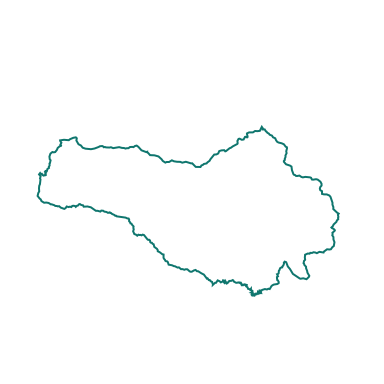 outline of Bo Kluea, Nan, Thailand, rotated 287°
{"feature_id": "78962969B52276482887751", "entity_name": "Bo Kluea", "entity_type": "district", "adm_level": 2, "iso_a3": "THA", "parent_name": "Thailand", "parent_adm1": "Nan", "projection": "robinson", "projection_center": [101.149, 19.126], "detail": "fine", "context": "isolated", "style": "outline", "palette": "teal", "viewbox_px": 384, "rotation_deg": 287, "n_neighbors": 0, "source": "geoboundaries", "source_scale": "gbopen_adm2", "svg_char_len": 6063}
<svg xmlns="http://www.w3.org/2000/svg" viewBox="0 0 384 384"><g transform="rotate(287 192 192)"><path d="M189.4,46.8L187.3,45.4L184.2,45.3L181.7,46.4L181.0,47.5L178.0,47.7L177.6,47.4L175.7,48.1L174.1,47.7L173.2,48.2L171.7,47.0L169.7,47.1L169.3,45.8L168.3,45.5L167.7,46.7L167.1,46.3L166.4,46.4L166.1,47.0L165.4,47.2L165.0,46.6L165.1,46.2L164.3,45.4L164.5,44.3L165.0,43.9L164.9,43.4L165.5,43.0L165.1,41.9L165.7,41.2L164.1,40.6L162.8,42.6L160.5,42.7L159.8,43.4L155.0,44.3L153.3,44.1L150.8,44.6L147.9,45.7L146.1,45.3L143.1,45.5L141.2,48.2L140.7,49.5L139.3,50.7L138.5,53.7L139.3,55.7L139.6,58.1L138.9,60.6L139.2,61.3L139.1,64.2L138.7,65.3L139.1,67.0L139.0,67.9L139.6,69.1L138.7,71.0L138.5,74.8L139.6,75.8L141.5,76.4L141.5,78.4L142.3,79.6L142.3,81.0L143.7,81.6L144.2,82.7L144.4,84.3L143.8,85.2L145.1,85.9L145.6,86.8L147.3,87.6L147.7,88.3L147.2,89.9L147.4,91.7L146.3,92.7L147.6,96.3L147.8,99.8L145.9,105.6L146.4,107.2L146.5,110.1L147.7,110.7L148.1,112.5L147.6,113.9L147.9,116.0L147.5,117.8L148.5,119.3L148.0,120.0L148.2,120.9L147.7,121.7L147.3,124.7L146.8,125.5L147.1,126.5L146.7,127.1L148.1,136.0L147.8,137.9L148.1,139.1L147.4,139.9L145.7,140.4L144.9,141.7L144.0,142.3L144.0,143.4L143.1,144.3L142.0,146.2L140.5,146.4L139.3,147.2L137.2,147.2L134.9,149.2L134.9,150.7L134.2,152.4L135.5,153.2L135.5,154.3L135.9,155.3L135.8,156.4L136.8,157.3L136.8,158.7L133.7,163.2L133.4,164.1L133.8,164.8L133.4,166.0L131.8,166.8L131.5,167.6L131.7,168.5L130.9,169.5L130.8,170.6L128.5,172.0L127.4,175.1L126.4,176.2L125.3,176.6L125.0,178.7L123.8,181.8L123.9,183.1L120.8,184.0L120.0,184.7L119.2,186.0L118.5,186.5L118.2,187.3L118.4,188.5L118.0,189.3L115.7,190.9L116.1,194.4L115.8,196.3L116.0,197.4L115.5,200.3L116.1,201.5L115.0,204.1L115.5,205.6L115.4,207.4L116.3,208.6L116.7,210.2L115.4,213.0L115.4,214.3L115.8,215.2L117.6,216.8L118.5,218.2L117.7,219.9L118.0,221.2L117.0,224.7L116.5,227.5L113.5,231.6L114.0,232.1L112.7,233.8L113.0,234.6L112.7,235.4L112.1,235.8L111.9,237.5L110.5,238.4L110.3,238.9L109.3,239.1L111.9,240.6L112.2,241.5L115.0,242.4L114.7,244.6L114.0,246.0L115.5,247.6L116.6,247.5L116.7,248.2L116.2,248.8L115.1,248.7L114.6,249.5L116.7,249.8L115.6,251.0L115.0,250.8L114.5,251.8L115.4,252.7L116.1,252.7L116.7,253.3L117.8,253.6L118.5,255.5L119.7,256.7L119.5,257.4L118.6,258.2L118.1,260.5L118.3,261.5L119.1,262.7L119.0,263.5L119.3,263.8L119.0,264.4L119.6,265.1L119.4,265.4L118.9,265.3L118.4,266.6L117.8,266.4L117.5,266.8L118.0,267.2L117.7,268.0L118.7,268.7L118.6,269.4L119.0,269.6L118.4,270.4L119.1,270.9L119.1,271.6L117.5,271.7L117.1,273.0L115.8,273.9L115.9,275.6L115.5,276.1L116.7,276.6L115.3,277.0L115.5,277.6L114.9,278.1L115.0,278.7L114.0,279.0L113.3,278.3L113.4,279.2L111.5,278.9L111.0,279.2L110.6,279.9L111.0,280.4L112.1,280.4L111.0,281.2L111.1,281.9L111.7,281.8L112.1,282.4L112.9,282.2L113.0,283.4L113.7,283.3L113.6,284.2L114.7,285.0L114.9,284.6L116.1,284.2L116.1,284.8L114.6,285.8L115.2,286.2L115.3,286.8L116.1,286.4L116.0,287.4L116.9,286.8L117.0,285.5L117.6,285.4L118.0,287.3L118.8,287.6L120.5,290.1L120.7,292.2L121.8,293.3L121.9,294.7L125.2,295.5L126.2,296.1L127.4,297.3L128.9,300.4L130.1,301.5L131.2,301.3L132.6,300.0L132.7,299.3L134.1,298.6L135.5,298.1L136.5,298.9L138.2,297.4L138.7,298.2L139.5,298.6L142.2,298.1L143.0,298.5L144.8,298.5L145.6,299.1L146.3,300.3L147.0,300.1L148.4,300.8L150.5,300.9L151.3,300.5L152.5,301.0L152.4,302.6L148.8,305.4L147.0,308.2L143.2,312.4L140.8,320.3L140.8,321.2L142.0,323.6L142.1,327.0L145.0,328.6L146.1,328.7L148.6,326.0L150.3,325.1L152.4,323.4L153.9,322.9L155.1,320.8L156.1,320.2L156.5,319.5L158.9,319.3L160.3,320.0L162.2,319.1L165.1,318.5L167.0,320.7L167.4,322.5L168.4,322.9L168.8,324.6L169.9,325.8L170.2,327.6L170.0,329.3L172.0,331.3L172.6,335.5L173.6,335.6L176.7,337.9L177.2,340.3L177.9,341.6L180.2,342.3L181.8,343.4L185.7,342.9L187.9,341.2L190.3,340.4L191.6,338.8L192.9,338.8L194.1,338.2L196.4,339.7L197.2,339.8L198.2,338.1L198.4,336.4L198.8,335.7L200.6,336.7L202.3,336.9L205.6,338.8L207.2,338.9L208.7,339.8L210.0,339.2L210.9,339.3L212.9,338.2L214.2,338.6L214.6,337.0L217.0,332.1L218.9,331.6L221.0,330.0L222.8,329.5L227.8,325.9L228.8,324.4L229.1,321.6L228.3,318.8L228.2,316.9L230.8,316.1L231.2,314.2L232.5,313.3L234.2,313.2L236.0,314.0L237.7,313.5L239.4,311.8L240.6,308.6L240.5,306.9L239.2,304.2L239.0,303.0L240.4,301.7L240.5,300.6L239.6,296.0L238.4,293.7L238.4,292.2L239.1,289.9L238.0,287.8L237.8,286.6L238.3,285.8L238.3,284.5L238.7,283.8L242.1,281.2L245.4,279.7L245.9,278.0L246.0,273.8L247.8,271.0L248.5,270.8L249.9,271.4L250.7,271.0L252.9,271.2L254.2,270.7L256.8,271.1L258.5,270.2L261.4,270.1L262.5,269.7L262.7,268.4L264.5,265.9L264.8,263.5L264.6,260.3L264.9,258.8L266.1,257.2L267.7,255.9L268.0,253.5L269.3,252.0L269.5,249.5L270.3,248.5L270.7,246.7L271.6,245.5L271.6,244.9L273.1,243.2L272.5,241.4L273.5,241.2L274.7,239.7L270.3,239.0L269.3,236.8L268.8,234.5L266.8,232.8L265.7,229.2L264.2,227.5L263.7,227.5L261.4,228.9L260.6,229.0L260.3,228.7L260.5,227.2L260.2,226.6L257.3,226.0L256.5,224.4L256.9,221.9L256.4,221.0L254.1,220.5L252.0,221.4L251.2,221.3L247.6,217.7L245.6,216.2L244.9,215.2L241.0,212.5L240.6,211.9L241.4,210.6L240.4,208.0L239.1,206.1L236.5,205.8L235.1,204.4L234.3,202.3L228.6,200.0L227.0,199.7L224.7,198.0L223.6,197.6L222.3,195.2L221.0,194.4L220.2,193.3L218.4,192.8L217.1,188.2L219.5,183.8L219.1,182.8L219.1,177.3L217.2,174.1L217.4,172.0L216.5,168.7L216.1,165.7L216.4,163.5L214.0,161.3L213.3,159.0L212.3,157.9L213.2,154.9L214.4,153.4L216.2,149.6L216.1,145.4L215.0,141.1L216.5,138.7L216.8,137.6L217.4,137.4L216.8,136.5L217.1,131.5L219.5,127.5L220.2,125.5L219.3,124.0L217.8,122.9L217.7,121.8L216.9,119.6L215.3,118.4L214.7,116.6L214.1,115.7L214.2,114.1L213.7,112.2L213.6,109.2L210.9,103.8L211.1,101.4L210.4,100.1L209.5,96.7L209.6,95.5L209.0,94.6L209.7,93.3L209.7,92.7L208.8,90.5L207.8,89.6L205.1,86.1L203.4,82.9L202.3,77.5L202.4,74.5L204.0,72.2L204.5,69.5L207.4,66.4L209.7,66.1L210.3,64.9L209.1,62.6L206.8,59.9L205.5,59.0L204.5,54.3L202.8,50.8L202.1,51.2L200.9,52.7L198.7,52.3L198.2,53.2L197.8,53.2L197.0,52.1L194.9,50.7L192.8,50.5L190.2,49.5L189.5,48.2L189.4,46.8Z" fill="none" stroke="#0f766e" stroke-width="2"/></g></svg>